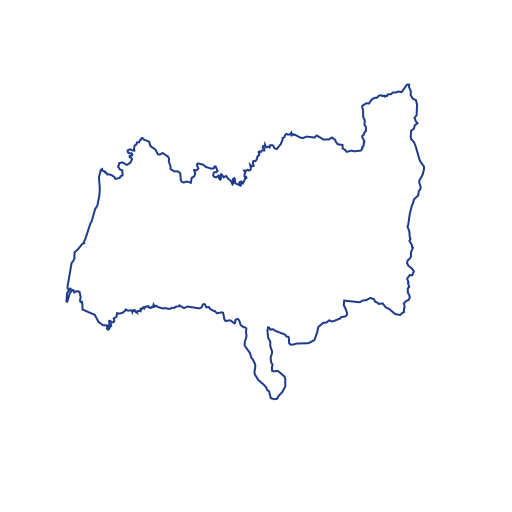 outline of López, Cauca, Colombia, rotated 345°
{"feature_id": "7082276B33539636068872", "entity_name": "López", "entity_type": "district", "adm_level": 2, "iso_a3": "COL", "parent_name": "Colombia", "parent_adm1": "Cauca", "projection": "natural_earth1", "projection_center": [-77.202, 2.962], "detail": "fine", "context": "isolated", "style": "outline", "palette": "blue", "viewbox_px": 512, "rotation_deg": 345, "n_neighbors": 0, "source": "geoboundaries", "source_scale": "gbopen_adm2", "svg_char_len": 6116}
<svg xmlns="http://www.w3.org/2000/svg" viewBox="0 0 512 512"><g transform="rotate(345 256 256)"><path d="M448.3,130.1L446.2,129.5L439.1,135.4L435.9,133.9L434.1,134.3L430.4,133.5L428.4,134.7L425.0,134.0L424.2,135.3L423.1,134.9L421.9,135.5L421.2,134.2L419.5,134.3L418.3,133.0L416.4,132.9L413.6,134.5L411.7,133.9L408.4,134.7L404.5,138.0L402.3,137.0L397.6,138.4L397.0,140.1L397.3,142.4L395.5,149.5L396.2,152.8L394.8,157.2L395.5,159.8L394.5,163.8L393.2,164.1L391.5,166.7L390.0,167.2L389.4,168.9L390.4,173.1L389.8,173.4L389.9,174.5L389.3,174.8L388.5,177.3L386.6,178.5L386.8,179.4L384.6,181.3L378.2,180.4L375.4,178.9L370.6,178.9L369.4,176.3L367.6,174.7L368.3,171.1L363.8,169.2L362.6,166.2L362.6,164.5L360.1,161.2L356.7,162.2L351.5,161.1L345.8,155.3L343.1,156.7L335.9,153.8L331.6,154.2L329.4,153.1L324.8,148.8L324.1,149.0L323.3,147.9L321.7,148.6L322.0,146.0L320.1,147.4L318.2,147.0L317.0,145.9L315.7,146.5L314.2,148.5L312.1,149.0L311.7,150.7L308.9,154.3L303.7,158.1L301.6,156.5L301.2,153.8L299.9,153.0L298.3,152.7L297.2,154.6L296.6,153.6L293.9,153.7L293.5,150.8L293.1,151.8L291.2,151.7L290.5,153.2L291.7,153.9L291.4,156.2L289.5,155.5L287.4,156.9L286.5,155.9L285.5,156.1L285.3,159.3L283.2,160.2L281.6,163.0L280.0,164.2L277.9,163.7L276.9,165.8L277.1,168.3L275.1,168.3L274.0,166.5L273.8,169.8L272.8,171.4L271.1,171.6L270.2,170.6L268.7,171.0L266.7,170.5L267.3,172.8L265.9,174.4L265.4,176.3L265.6,176.8L266.9,176.9L267.0,178.1L265.6,178.5L262.2,182.4L261.2,180.3L259.2,180.4L258.8,181.4L260.2,182.7L259.3,184.1L255.1,180.6L254.7,179.3L255.5,176.9L255.0,175.2L253.6,175.8L253.0,179.7L251.8,180.7L251.2,177.0L249.0,174.0L247.8,170.9L245.0,171.7L244.2,168.6L243.5,168.0L242.6,169.2L242.1,172.4L241.2,173.0L240.5,171.8L240.6,168.7L238.2,169.7L236.5,169.2L235.5,167.3L236.4,165.0L237.3,164.3L239.4,164.7L240.9,164.0L240.1,159.0L239.2,158.8L237.8,160.4L235.4,160.1L230.5,156.9L228.7,154.2L224.3,151.7L223.2,151.7L222.4,153.2L223.0,156.5L220.6,157.9L218.5,157.0L218.6,160.7L216.9,163.1L214.2,163.8L212.0,168.4L208.4,166.1L205.2,166.3L203.7,165.3L203.0,163.2L204.2,157.0L203.8,155.8L202.4,154.0L199.2,153.2L196.0,150.1L196.6,147.5L196.3,141.9L197.2,139.9L196.8,137.4L192.4,132.3L189.4,133.1L187.7,132.6L186.2,126.8L182.5,122.6L182.4,118.0L177.9,114.6L176.9,112.7L175.9,112.6L175.0,113.9L173.6,114.3L172.5,115.9L170.4,115.5L169.2,117.4L167.3,117.9L165.9,120.8L165.8,122.7L164.2,122.2L162.0,120.3L159.2,120.9L159.1,122.8L160.4,124.1L162.4,124.5L162.9,126.0L162.5,126.7L159.8,126.8L159.6,127.7L161.1,129.3L161.3,130.4L158.7,133.4L155.0,134.6L150.9,130.9L147.8,131.0L147.8,131.7L145.9,133.9L147.0,137.3L149.0,138.5L148.0,143.6L145.8,143.9L144.7,145.3L140.3,145.2L139.6,143.0L137.6,140.7L135.0,138.9L133.4,138.8L133.2,137.3L131.9,136.4L132.2,135.5L129.7,133.8L129.8,132.2L128.4,132.7L124.7,139.2L122.5,150.9L120.2,157.3L115.8,166.3L112.7,169.1L106.1,180.2L104.6,181.5L95.7,195.2L93.2,198.2L93.4,199.1L91.2,199.4L86.0,203.3L81.8,205.4L80.4,209.3L80.3,210.9L78.4,213.4L76.1,215.0L66.0,236.8L65.7,238.6L66.2,240.0L67.0,240.4L68.1,239.4L68.4,239.8L64.0,242.7L61.2,250.6L61.9,251.3L66.5,243.8L69.9,241.3L70.9,241.9L71.0,244.1L73.8,243.5L76.2,244.9L76.0,250.2L74.4,253.7L74.7,254.8L75.9,255.1L75.4,255.8L76.0,256.8L74.6,262.8L85.0,271.1L86.9,279.1L90.2,283.2L93.8,284.4L93.9,286.4L93.2,287.6L94.2,288.9L95.5,288.2L94.6,286.3L94.9,284.8L95.8,284.8L97.1,286.6L98.1,286.0L98.1,284.6L96.8,282.7L97.4,280.8L98.4,280.8L99.5,282.9L101.5,283.0L102.4,281.8L102.4,279.4L105.4,278.7L107.1,275.2L108.6,276.2L112.0,276.4L115.4,275.0L116.4,273.9L118.2,275.7L121.7,276.2L122.0,277.8L122.4,276.7L123.8,277.6L124.1,276.7L124.8,276.7L124.6,278.1L126.5,280.1L126.5,278.7L128.0,278.6L130.2,279.5L130.6,278.0L131.4,277.9L131.1,277.1L133.2,277.3L133.8,276.4L134.7,277.7L135.5,276.6L138.0,276.3L139.2,276.9L138.8,277.5L140.0,278.7L141.7,278.9L142.0,278.3L143.2,278.7L144.5,276.4L145.1,278.7L146.6,278.2L148.2,280.0L152.8,282.7L155.2,282.9L157.5,284.3L159.8,284.8L161.3,284.2L163.5,285.1L165.1,284.2L168.6,284.6L169.3,283.9L173.0,287.7L176.7,287.1L187.9,292.0L190.3,291.4L192.1,289.1L193.5,289.0L194.1,289.5L194.8,292.8L197.3,293.0L197.8,294.9L200.7,298.0L201.9,298.4L203.5,301.3L208.2,301.5L209.5,302.3L209.1,309.3L209.7,310.9L214.6,311.5L217.6,315.4L218.7,315.1L219.3,312.9L220.2,312.1L222.2,312.1L223.1,314.0L223.3,318.7L225.6,321.6L227.2,322.2L227.9,323.6L226.6,326.9L226.2,330.8L223.0,336.0L221.8,339.5L225.1,348.4L225.1,352.9L226.0,354.6L227.1,360.1L226.9,362.2L224.4,367.8L224.3,370.4L226.2,376.5L230.0,382.0L231.8,385.4L232.2,388.5L233.6,390.2L233.5,397.1L236.7,399.1L239.4,399.4L241.4,397.1L246.2,394.2L250.5,389.6L252.3,382.9L252.4,379.9L247.3,372.5L243.8,372.2L241.8,371.0L242.7,367.3L243.9,365.4L243.1,362.8L243.8,358.0L246.1,354.4L246.8,352.4L246.5,346.5L247.6,342.5L246.6,337.9L247.7,331.1L249.2,328.0L250.3,328.9L250.7,330.8L253.4,331.1L255.2,333.2L263.8,339.5L264.6,341.7L266.4,342.4L266.5,344.3L265.4,348.4L266.1,350.3L268.7,351.2L272.7,351.1L284.0,353.8L290.6,352.4L295.2,345.8L297.7,340.8L303.7,337.9L306.5,338.5L310.2,337.1L311.9,338.7L313.7,339.0L321.4,338.1L322.1,337.1L326.8,337.4L328.2,336.7L329.1,335.5L329.1,332.2L328.1,326.2L329.6,321.9L344.4,327.6L347.0,326.6L351.0,327.2L355.5,326.1L358.7,328.2L359.3,331.1L361.2,332.4L361.9,334.0L366.1,334.6L367.9,339.0L371.0,341.8L375.6,348.3L380.0,350.2L383.0,348.6L384.4,348.5L385.3,345.1L386.4,343.8L386.6,340.0L389.3,338.4L392.1,337.9L393.8,336.0L394.0,333.6L393.2,330.9L394.2,326.6L396.0,325.5L395.8,321.5L396.5,320.8L396.1,317.0L399.6,314.2L401.8,315.1L404.5,311.7L403.6,308.8L400.5,304.6L400.1,301.7L401.4,299.5L403.9,298.3L405.7,296.4L406.8,292.2L409.7,288.7L409.1,287.9L409.3,285.2L408.1,281.0L409.7,279.3L409.3,278.1L410.5,271.9L409.9,266.7L410.9,265.7L415.5,255.0L419.7,247.4L421.2,245.9L423.2,242.2L428.3,239.5L430.0,235.5L431.8,234.2L432.9,232.2L432.7,227.2L433.2,225.5L437.7,221.0L440.6,216.0L441.4,213.3L438.9,206.2L438.6,190.9L438.1,187.1L436.2,183.4L436.2,181.3L438.2,175.3L441.6,173.8L443.2,170.8L446.3,169.6L445.2,167.0L444.9,163.5L447.5,161.7L450.8,151.4L450.8,146.7L448.3,144.9L447.0,140.5L448.2,136.8L447.5,132.3L448.3,130.1Z" fill="none" stroke="#1e3a8a" stroke-width="2"/></g></svg>